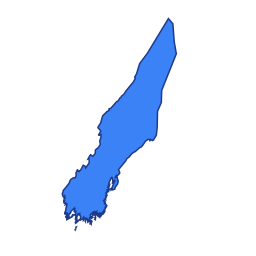 Borgarbyggð, Vesturland, Iceland (Equal Earth projection), rotated 301°
{"feature_id": "244011B50787148750106", "entity_name": "Borgarbyggð", "entity_type": "district", "adm_level": 2, "iso_a3": "ISL", "parent_name": "Iceland", "parent_adm1": "Vesturland", "projection": "equal_earth", "projection_center": [-22.083, 64.706], "detail": "fine", "context": "isolated", "style": "filled", "palette": "blue", "viewbox_px": 256, "rotation_deg": 301, "n_neighbors": 0, "source": "geoboundaries", "source_scale": "gbopen_adm2", "svg_char_len": 5711}
<svg xmlns="http://www.w3.org/2000/svg" viewBox="0 0 256 256"><g transform="rotate(301 128 128)"><path d="M130.7,156.0L136.4,156.0L143.2,152.9L157.5,144.7L167.1,143.4L177.6,137.5L216.5,131.2L225.6,123.3L240.4,112.8L242.6,106.3L201.7,106.1L189.3,104.8L178.9,107.4L175.0,107.5L174.3,108.7L170.3,108.9L159.1,107.2L154.8,107.1L151.8,106.0L150.7,106.2L149.5,105.6L146.2,105.6L144.8,104.7L136.0,103.1L134.8,101.9L134.3,102.0L134.3,102.4L133.5,102.6L132.4,102.3L131.6,101.6L125.4,100.0L118.0,102.0L113.2,101.8L112.5,102.6L112.0,104.8L111.2,106.3L107.2,106.3L106.8,106.7L107.0,107.2L108.5,108.2L105.9,109.7L102.3,110.4L99.8,112.7L96.4,112.7L92.3,111.4L89.3,113.0L85.8,112.5L85.6,110.6L85.9,109.8L84.8,109.5L81.0,109.7L81.6,110.1L81.4,110.6L78.1,112.7L72.0,112.3L73.2,111.0L73.0,108.8L67.2,109.1L66.4,108.5L65.4,108.6L65.2,107.5L66.2,106.5L65.8,106.1L62.5,106.6L60.6,108.1L57.8,108.3L57.4,107.0L54.8,105.6L52.9,105.4L50.3,106.0L40.9,104.7L40.2,105.1L37.8,105.5L37.3,106.2L36.7,106.5L35.6,108.1L35.7,108.4L36.7,108.5L35.7,109.0L36.5,109.3L36.1,109.8L35.4,110.2L33.2,110.1L32.0,110.7L31.8,111.0L32.2,111.2L30.9,111.5L30.7,112.8L31.6,113.3L31.2,114.0L30.5,114.0L31.4,114.5L31.0,115.2L27.5,116.0L25.2,117.1L22.8,117.4L22.2,117.8L23.1,118.5L22.9,118.6L23.4,119.1L22.4,119.1L22.9,119.6L20.9,120.5L19.9,120.3L19.0,120.8L21.8,120.6L23.3,120.0L23.1,120.5L22.6,120.5L22.9,120.8L21.6,121.6L22.2,121.9L20.0,122.4L21.7,123.1L22.8,122.1L24.8,122.0L25.0,122.5L26.1,122.5L26.9,121.9L31.5,123.2L30.9,123.4L31.3,124.0L28.8,124.7L28.6,125.1L29.5,125.2L29.8,126.1L28.9,126.3L28.1,127.3L26.8,127.2L26.4,126.8L26.9,126.5L25.9,126.8L25.9,128.2L25.6,128.8L22.7,129.9L22.9,130.5L22.4,131.4L23.0,131.6L23.3,131.0L24.2,130.8L25.1,130.0L26.0,129.8L25.7,130.1L27.3,129.3L29.0,129.2L28.0,129.6L28.7,129.8L28.2,130.1L30.2,130.4L28.9,130.6L29.1,130.9L28.2,131.3L28.9,131.3L28.3,131.7L28.1,132.6L26.8,133.4L27.1,133.4L25.4,134.0L23.4,133.2L20.1,132.2L20.9,131.3L19.8,131.5L19.4,132.2L25.1,134.0L25.5,134.4L24.9,134.8L27.2,136.1L26.8,136.6L27.7,135.8L28.8,135.9L28.3,136.4L28.5,136.5L28.0,137.5L27.3,138.0L27.7,137.8L27.8,138.3L28.7,137.9L27.9,138.5L28.4,138.4L28.3,138.6L28.0,138.5L26.8,139.5L27.9,139.0L27.4,139.5L28.0,139.2L28.2,139.4L28.7,139.0L29.4,138.9L29.5,138.9L29.3,139.0L28.9,139.1L28.7,139.5L29.0,139.5L28.5,140.1L27.8,140.2L28.5,140.1L27.6,141.5L28.0,141.1L28.1,141.5L28.4,141.3L28.3,141.6L29.0,141.7L28.9,141.9L30.0,141.7L29.9,142.1L30.7,141.6L30.9,141.9L31.7,141.5L31.8,142.2L33.6,140.6L34.9,140.3L35.4,140.7L35.0,140.8L36.3,141.1L35.8,141.6L37.3,141.3L38.0,141.6L37.0,141.8L35.7,142.9L34.2,142.6L34.5,142.9L34.2,143.0L35.8,143.0L37.1,142.6L37.8,142.8L38.3,141.9L39.1,142.5L39.3,143.0L37.8,143.2L37.9,143.4L38.6,143.2L37.9,143.9L38.2,144.3L39.1,144.0L40.1,144.2L39.4,144.5L39.5,144.9L38.4,145.1L38.1,145.7L38.5,145.9L38.2,146.0L38.4,146.2L37.7,146.1L38.2,146.5L37.8,146.7L38.1,147.3L37.3,147.2L36.9,147.8L36.9,149.0L37.5,148.2L37.5,147.5L38.2,148.0L37.6,148.5L38.3,149.6L38.5,149.1L38.3,148.9L38.8,148.9L38.3,148.4L38.2,147.6L38.6,147.2L38.4,146.8L38.8,146.7L39.5,147.1L39.2,147.3L39.5,147.8L40.8,147.7L40.5,148.7L40.8,148.7L40.8,149.0L40.5,149.2L41.4,149.5L41.5,149.8L41.8,149.5L42.1,149.8L41.7,150.0L41.8,150.3L42.8,150.3L43.3,149.8L43.5,150.1L43.1,150.4L44.2,150.4L44.9,149.7L46.0,149.7L44.6,150.3L44.6,150.7L43.9,151.1L44.8,151.1L45.2,150.4L47.6,149.9L47.4,149.7L48.0,149.4L49.3,149.3L48.4,150.0L50.5,149.9L51.4,147.8L50.9,147.4L51.2,146.7L50.6,146.7L52.1,146.4L53.4,145.5L53.0,145.3L53.3,145.0L52.9,145.0L53.1,144.5L54.2,144.8L54.9,144.5L55.0,145.1L55.6,144.4L55.3,145.6L56.2,145.0L57.3,145.0L57.3,144.6L58.2,144.5L58.4,144.1L58.7,144.7L59.3,144.8L60.2,143.9L60.3,142.9L60.8,143.1L61.4,142.5L62.8,142.9L63.2,142.5L63.9,142.6L64.4,141.9L65.1,142.5L64.2,142.9L64.5,143.2L63.2,143.8L63.9,144.0L64.9,143.4L66.0,144.0L65.2,143.5L65.2,142.7L66.7,142.3L66.5,142.1L67.1,141.5L66.9,141.2L68.3,141.1L67.7,142.0L69.2,141.7L69.5,141.6L68.7,141.3L68.7,140.8L70.7,140.5L71.2,139.9L76.7,139.3L77.4,139.6L77.3,139.9L75.4,141.8L73.7,142.9L72.0,143.0L75.6,143.0L76.2,143.3L76.0,144.1L73.7,144.1L69.0,145.0L67.7,144.9L66.8,144.3L67.0,144.8L66.1,145.4L67.4,145.9L67.6,146.4L67.1,146.7L68.7,148.1L70.4,147.6L74.6,147.9L77.2,147.1L78.3,146.1L79.1,144.9L80.3,144.0L79.0,142.7L80.1,142.3L81.5,142.6L81.8,142.9L81.5,143.1L82.4,143.6L84.9,144.2L86.0,143.4L87.4,141.3L98.6,143.0L101.3,142.8L103.6,143.9L107.2,144.3L109.9,145.3L111.6,146.4L116.9,148.0L118.5,149.1L121.5,149.6L125.4,149.7L128.6,151.0L129.2,152.4L128.5,153.3L129.9,153.5L129.7,154.0L130.1,154.5L129.7,155.3L130.7,156.0ZM28.1,144.1L26.3,144.8L26.7,145.5L26.6,146.0L27.7,145.3L29.2,145.3L29.7,144.6L29.3,144.3L29.4,144.1L28.1,144.1ZM24.0,125.8L22.5,125.2L18.7,122.7L19.0,122.1L17.9,122.7L22.8,125.7L24.5,126.0L25.4,125.7L25.3,125.3L23.4,125.3L23.7,125.6L25.0,125.4L24.0,125.8ZM40.5,149.5L39.4,149.1L39.4,149.8L39.0,149.7L38.3,150.0L40.4,150.3L41.6,150.9L43.0,150.7L41.5,150.7L40.3,150.1L40.5,149.5ZM29.4,142.3L27.4,141.7L26.6,141.9L26.5,142.1L27.7,142.3L28.0,142.9L28.5,143.1L29.4,143.0L30.1,142.5L29.3,142.7L29.4,142.3ZM37.0,144.2L36.6,144.7L37.7,144.9L37.7,145.4L37.4,145.3L37.2,145.5L37.5,145.7L38.5,145.0L38.0,144.8L38.3,144.5L37.5,144.6L37.6,144.2L37.0,144.2ZM34.2,145.2L33.8,146.2L34.3,146.3L34.8,146.0L34.1,145.9L34.2,145.2ZM52.9,146.7L53.2,146.0L52.7,146.5L51.8,146.5L52.9,146.7ZM36.7,144.7L35.4,144.4L36.0,144.7L35.9,145.2L36.7,144.7ZM33.5,146.8L32.6,146.6L32.6,147.2L33.5,146.8ZM33.2,143.8L33.2,143.0L32.4,143.5L33.2,143.8ZM26.1,137.5L27.0,136.7L25.8,137.4L26.1,137.5ZM14.1,135.2L13.6,135.0L13.4,135.3L13.8,135.3L13.7,135.6L14.1,135.2ZM16.5,134.7L16.1,134.4L15.7,134.8L16.5,134.7ZM26.7,139.1L26.0,139.4L25.9,139.6L26.7,139.1Z" fill="#3b82f6" stroke="#1e3a8a" stroke-width="1.5"/></g></svg>